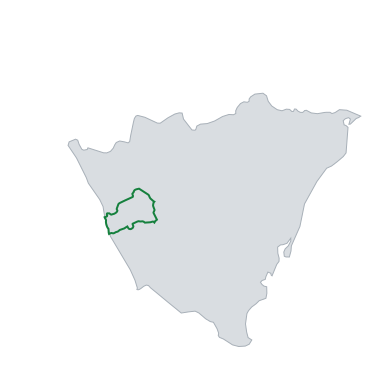 where Managua sits in Nicaragua, rotated 20°
{"feature_id": "NIC-659", "entity_name": "Managua", "entity_type": "Department", "adm_level": 1, "iso_a3": "NIC", "parent_name": "Nicaragua", "parent_adm1": "", "projection": "orthographic", "projection_center": [-86.332, 12.202], "detail": "fine", "context": "in_parent", "style": "outline", "palette": "green", "viewbox_px": 384, "rotation_deg": 20, "n_neighbors": 0, "source": "natural_earth", "source_scale": "10m", "svg_char_len": 3946}
<svg xmlns="http://www.w3.org/2000/svg" viewBox="0 0 384 384"><g transform="rotate(20 192 192)"><path d="M324.6,63.0L323.0,65.2L321.2,66.7L317.6,74.0L316.3,74.7L315.9,69.3L313.7,68.6L311.1,70.6L309.7,73.3L312.0,76.9L314.0,76.9L316.5,77.9L323.4,102.6L322.0,107.0L318.0,114.0L314.2,119.9L310.4,123.6L305.8,139.3L301.8,164.7L305.2,187.5L303.8,208.6L305.2,213.6L305.7,219.8L302.5,220.9L300.7,220.8L298.8,217.0L299.0,213.6L300.9,209.7L301.6,204.3L300.6,201.6L298.8,207.7L295.5,210.4L293.3,211.4L291.3,214.5L293.6,220.2L296.5,224.4L297.5,227.4L296.4,231.1L295.9,243.4L294.9,243.1L293.8,241.4L290.7,241.3L290.4,246.3L290.7,249.1L288.1,251.2L287.2,253.4L289.3,254.9L291.7,255.8L294.6,255.5L297.0,261.6L297.8,266.6L292.3,271.2L290.5,275.0L287.4,279.7L285.7,284.2L285.2,287.5L287.4,297.7L291.3,305.0L294.5,309.6L298.8,310.6L297.8,315.5L294.7,318.6L288.8,321.2L282.4,321.8L271.8,319.4L267.5,319.2L265.8,317.9L265.3,315.5L262.3,311.9L256.7,307.1L253.5,307.5L248.3,306.5L239.7,303.3L235.7,302.9L230.0,305.7L223.3,309.4L207.2,303.8L196.0,299.8L185.8,296.2L183.1,294.8L180.9,295.1L179.0,297.0L176.8,300.4L176.0,301.4L174.9,302.3L173.6,302.5L173.5,300.9L168.5,294.3L160.6,286.2L130.4,261.5L119.4,246.8L113.4,236.1L107.8,230.6L91.6,219.2L87.8,214.7L71.8,199.5L59.6,190.6L59.4,186.9L64.5,182.2L66.9,182.4L69.6,185.8L73.9,189.6L76.0,189.7L79.0,187.9L79.1,186.1L95.6,185.4L98.5,184.4L101.5,181.7L103.0,177.8L103.3,174.0L103.9,171.4L106.6,168.8L111.4,168.0L115.1,167.7L116.2,165.9L115.1,160.2L113.1,146.4L112.7,142.5L113.4,139.7L114.9,138.6L122.2,137.9L135.9,139.1L138.6,138.2L144.1,130.4L149.2,124.6L152.9,122.0L155.7,121.2L159.1,126.4L170.7,133.7L172.7,133.2L173.8,132.8L174.2,131.8L174.0,128.4L176.8,125.3L182.9,122.5L188.9,117.6L194.9,110.6L200.2,106.5L204.6,105.2L206.3,103.3L205.3,100.7L205.6,97.1L207.3,92.3L209.9,89.5L213.3,88.8L214.6,87.3L213.9,85.0L214.6,82.5L217.6,78.5L224.9,74.9L229.1,76.1L232.6,80.7L237.5,83.9L243.9,85.5L248.8,84.9L252.3,81.9L255.5,81.0L258.3,82.2L259.8,81.5L259.9,79.0L261.4,78.5L264.1,79.8L266.6,80.1L268.7,79.4L269.5,78.2L269.9,77.0L271.5,76.1L277.0,76.9L283.1,75.5L289.9,71.6L294.4,69.9L296.7,70.4L299.3,68.4L302.4,64.2L309.5,62.2L324.6,63.0Z" fill="#d9dde1" stroke="#a8b0b8" stroke-width="1"/><path d="M128.4,259.8L127.7,258.8L126.1,255.2L125.4,254.7L124.8,254.4L123.3,252.8L122.3,251.4L121.3,249.5L121.1,248.6L120.8,247.8L120.2,247.1L118.7,245.9L118.5,245.6L119.9,244.5L120.1,244.3L120.4,243.8L120.4,243.7L120.4,243.3L120.3,243.2L120.0,242.9L119.6,242.0L119.5,241.7L119.5,241.3L119.6,241.2L119.8,241.0L120.0,240.9L120.4,240.8L121.3,240.5L121.5,240.4L121.8,240.4L122.8,240.7L123.6,240.9L123.8,240.9L124.1,240.7L126.4,239.0L127.5,237.7L128.3,236.0L128.2,234.9L127.8,234.5L127.5,234.3L127.3,234.1L127.1,233.7L127.0,233.3L127.0,229.0L127.1,228.1L128.0,226.9L131.9,222.9L137.7,217.2L137.9,216.9L138.0,216.7L137.9,216.5L137.9,216.3L137.9,215.9L137.8,215.7L137.4,215.3L136.8,214.5L136.8,214.3L136.7,214.0L136.6,213.9L136.7,213.6L137.1,212.5L137.1,212.1L137.2,211.8L137.1,211.7L137.2,210.8L137.2,210.6L137.3,210.3L137.4,210.0L137.9,209.3L138.8,208.5L141.1,207.0L151.2,209.3L152.2,209.6L153.1,210.4L154.0,211.4L154.7,212.0L155.3,212.4L158.9,213.8L159.9,214.0L159.5,215.0L159.8,217.1L160.0,217.9L160.4,218.6L161.2,219.6L162.7,221.3L162.9,221.6L163.0,222.0L162.9,223.2L162.8,224.2L162.9,224.6L163.1,224.9L168.3,229.8L168.5,230.0L168.3,230.4L167.4,231.9L167.1,233.6L166.0,233.1L165.6,233.1L165.1,233.3L163.2,234.7L158.2,236.9L157.2,236.6L156.9,236.5L156.7,236.4L155.5,236.5L153.5,237.4L151.8,237.7L150.7,238.5L147.1,242.1L147.3,242.8L148.2,243.7L148.5,244.2L148.7,244.5L148.6,245.9L147.9,247.0L147.6,247.4L147.2,247.7L146.7,248.0L146.2,248.1L145.7,248.2L145.0,248.0L144.6,247.8L143.0,246.5L141.6,248.3L140.9,249.3L137.1,252.4L136.0,254.3L135.6,254.7L134.0,255.9L133.3,256.8L132.6,257.5L132.4,257.6L132.0,257.8L131.4,257.9L131.0,258.0L130.5,258.0L129.9,258.3L128.4,259.8L128.4,259.8Z" fill="none" stroke="#15803d" stroke-width="2"/></g></svg>